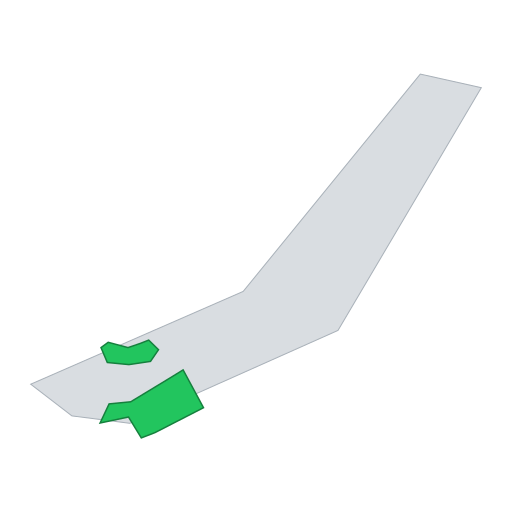 Warwick highlighted on a map of Bermuda
{"feature_id": "BMU-5144", "entity_name": "Warwick", "entity_type": "state/province", "adm_level": 1, "iso_a3": "BMU", "parent_name": "Bermuda", "parent_adm1": "", "projection": "orthographic", "projection_center": [-64.817, 32.272], "detail": "fine", "context": "in_parent", "style": "filled", "palette": "green", "viewbox_px": 512, "rotation_deg": 0, "n_neighbors": 0, "source": "natural_earth", "source_scale": "10m", "svg_char_len": 527}
<svg xmlns="http://www.w3.org/2000/svg" viewBox="0 0 512 512"><path d="M338.0,330.4L129.8,423.3L71.9,415.9L30.7,384.2L243.2,291.4L420.3,74.1L481.3,87.7L338.0,330.4Z" fill="#d9dde1" stroke="#a8b0b8" stroke-width="1"/><path d="M100.1,423.0L109.1,403.9L130.7,401.8L169.3,378.4L183.1,369.9L203.5,407.7L155.0,432.6L141.3,437.9L128.5,417.0L100.1,423.0ZM150.5,361.4L128.9,364.6L107.3,362.5L101.0,347.6L108.2,342.3L128.0,347.6L140.6,343.3L148.7,340.1L158.5,349.7L150.5,361.4Z" fill="#22c55e" stroke="#15803d" stroke-width="1.5"/></svg>